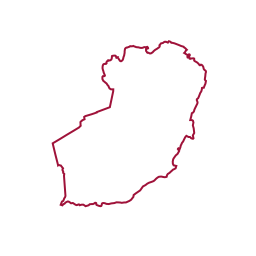 the district of Nauzontla, Puebla, Mexico, rotated 21°
{"feature_id": "50627088B22298863310989", "entity_name": "Nauzontla", "entity_type": "district", "adm_level": 2, "iso_a3": "MEX", "parent_name": "Mexico", "parent_adm1": "Puebla", "projection": "mercator", "projection_center": [-97.592, 19.962], "detail": "fine", "context": "isolated", "style": "outline", "palette": "rose", "viewbox_px": 256, "rotation_deg": 21, "n_neighbors": 0, "source": "geoboundaries", "source_scale": "gbopen_adm2", "svg_char_len": 5641}
<svg xmlns="http://www.w3.org/2000/svg" viewBox="0 0 256 256"><g transform="rotate(21 128 128)"><path d="M85.3,71.8L85.4,72.4L84.5,73.2L84.3,74.5L84.8,75.3L84.4,76.1L83.2,76.5L82.3,77.2L82.1,78.0L82.1,78.9L82.4,80.2L82.9,81.5L83.8,82.8L84.6,83.7L85.4,84.9L87.6,87.2L87.6,87.7L87.1,88.2L86.1,88.5L85.8,89.5L86.6,91.5L87.7,92.5L88.0,92.8L89.6,93.3L90.6,93.7L91.7,94.0L92.2,94.2L93.0,94.9L93.7,95.3L94.7,95.8L95.4,96.6L96.6,97.7L98.3,98.0L100.4,97.2L101.0,98.9L103.6,115.1L93.3,124.2L93.4,124.4L93.4,124.6L93.3,124.8L92.7,125.1L91.9,125.9L89.1,128.2L83.9,132.2L83.1,133.4L84.3,135.4L83.3,136.4L82.5,137.2L82.2,138.1L81.8,138.6L81.5,139.2L81.6,139.9L82.1,140.9L82.4,141.7L82.6,142.1L82.9,142.5L83.0,143.1L82.5,143.9L82.2,144.9L78.8,149.3L73.3,156.3L68.4,162.7L63.2,169.3L64.4,171.1L67.3,175.3L69.7,178.8L74.8,186.0L76.1,187.9L76.2,187.7L76.4,187.5L76.8,187.3L77.5,187.3L78.2,187.2L78.8,187.1L79.2,187.4L79.7,187.7L80.4,188.1L80.8,188.4L81.6,188.8L81.6,189.2L81.8,189.3L81.7,189.5L81.7,190.0L81.8,190.6L82.1,191.0L82.3,191.1L82.5,191.4L82.9,191.6L83.1,191.8L83.2,192.1L83.3,192.5L83.5,193.0L84.0,193.4L84.5,193.5L84.9,193.7L84.9,193.9L85.2,194.5L85.3,195.4L93.9,213.7L94.0,214.2L94.0,215.3L93.8,216.0L93.7,216.7L93.7,217.6L93.7,218.0L93.7,219.2L93.3,219.7L93.0,220.0L92.8,220.2L92.7,220.7L92.7,221.5L92.7,223.8L94.5,223.7L94.8,222.6L95.1,222.1L95.8,221.5L96.4,220.0L97.3,218.9L98.2,218.1L99.2,218.0L100.5,218.3L101.7,218.7L102.4,218.4L103.1,217.9L103.7,217.8L105.7,218.3L107.4,218.5L108.4,217.9L109.0,217.2L109.6,216.9L110.6,217.4L112.0,216.3L113.8,215.6L114.9,215.8L116.4,216.2L117.6,215.3L118.9,214.3L119.6,212.9L121.2,212.1L122.5,211.6L123.4,210.7L124.1,209.6L124.6,209.4L125.2,209.5L125.5,210.0L125.8,210.8L126.2,211.1L127.2,211.1L128.6,211.1L130.2,210.9L131.0,210.3L131.0,209.3L130.8,208.3L131.0,207.4L131.8,206.9L132.9,206.6L134.0,206.5L134.9,206.6L137.3,205.9L139.4,204.4L142.1,203.0L143.9,201.5L147.2,200.4L149.0,200.1L151.1,198.9L152.8,198.2L155.4,195.6L156.6,193.9L157.7,190.4L157.3,188.5L158.8,186.1L161.7,181.9L162.9,177.2L164.8,175.0L165.9,173.1L167.2,171.6L169.6,169.6L170.9,168.4L171.5,167.4L172.0,166.3L172.4,165.3L173.4,163.6L174.3,162.5L175.6,161.8L176.9,161.3L177.9,161.2L179.6,160.9L181.0,160.2L181.6,159.6L181.3,158.3L181.6,156.7L182.1,156.0L182.8,155.1L183.9,152.8L184.3,152.1L184.9,150.8L185.8,149.9L186.9,148.6L186.7,146.1L184.0,146.5L182.7,145.3L181.8,143.3L181.4,141.1L181.5,140.0L181.8,138.8L182.4,136.5L183.5,134.5L183.8,132.7L184.0,131.0L183.2,130.5L182.1,129.8L182.1,129.3L182.4,128.8L183.8,128.9L183.8,127.1L183.5,125.3L183.7,124.5L183.7,123.3L183.8,122.3L184.3,120.9L184.4,119.1L184.7,116.1L185.3,114.4L187.7,114.7L189.0,114.2L189.7,114.4L190.6,114.9L191.0,114.9L191.6,114.9L192.5,114.8L192.8,114.1L191.2,111.7L191.6,108.9L189.4,104.7L187.6,102.3L187.1,99.4L186.0,97.9L184.9,97.7L183.3,98.3L182.9,94.7L182.6,92.9L182.3,91.3L183.3,90.1L183.6,88.8L183.4,87.1L183.5,85.6L183.7,83.4L183.8,82.1L184.0,80.3L183.7,79.0L182.2,77.3L182.0,76.5L182.8,75.0L182.9,73.5L182.9,71.9L182.9,70.5L182.9,69.3L183.3,67.6L183.1,65.5L182.7,64.1L183.3,63.6L184.3,63.3L184.3,62.4L184.3,60.8L184.4,58.9L183.9,56.1L182.9,55.7L182.3,55.1L182.0,53.9L181.6,52.0L181.2,50.6L180.8,49.2L180.8,48.3L180.6,47.6L180.4,47.1L179.8,46.7L179.1,46.5L178.5,46.3L178.0,46.0L177.5,45.7L177.0,44.9L176.4,44.0L175.1,43.0L174.2,42.7L173.4,42.7L173.1,43.3L172.8,43.6L172.5,43.7L172.1,43.6L171.4,43.1L170.5,42.6L168.9,42.0L167.5,41.8L166.2,41.6L165.6,41.3L165.4,40.6L165.1,39.9L164.9,39.5L164.6,39.5L164.2,39.5L163.8,39.6L163.1,40.0L162.2,40.4L161.4,41.1L160.9,41.2L160.5,41.1L160.3,40.6L160.2,40.2L160.0,39.9L159.7,39.8L159.4,39.9L159.1,40.2L158.8,40.6L158.4,40.8L158.1,40.5L157.9,40.1L158.6,39.2L159.4,38.4L159.6,37.9L159.4,37.6L159.3,37.4L159.0,37.3L158.7,37.3L158.4,37.5L158.2,37.7L158.0,38.3L157.6,38.5L156.9,38.5L155.9,38.3L154.8,38.0L153.6,37.8L154.0,36.9L154.3,35.0L154.9,33.9L153.7,33.4L153.2,33.1L152.6,32.9L151.3,32.6L150.8,32.2L148.3,32.4L145.3,32.3L141.0,32.3L138.8,32.6L137.9,32.9L137.4,32.7L137.1,32.4L136.6,32.3L135.6,32.3L135.0,32.4L134.9,32.9L134.7,33.5L134.6,34.0L134.2,34.0L133.9,33.9L133.5,33.9L133.0,34.0L132.5,33.9L132.2,34.1L131.6,34.2L131.1,34.7L130.6,35.2L130.3,35.9L129.6,36.5L129.3,36.6L129.2,36.7L128.7,37.1L128.3,37.4L128.2,38.1L128.1,38.8L127.9,39.0L127.7,39.5L127.9,39.8L128.3,40.3L128.3,41.0L128.1,41.6L127.5,42.4L126.8,43.5L126.1,44.4L125.5,45.1L124.8,46.3L124.3,47.3L124.0,48.2L123.6,49.0L123.1,49.4L122.7,50.1L121.9,50.5L121.3,50.6L120.3,50.4L119.7,50.5L119.3,50.8L118.6,50.6L118.3,50.2L117.9,49.9L117.6,49.8L117.2,49.5L117.0,49.0L116.6,48.0L116.5,47.6L116.7,47.2L116.8,47.0L117.1,46.9L117.8,46.9L118.0,46.7L118.2,46.4L118.1,46.2L117.9,45.9L117.5,45.7L117.2,45.5L117.0,45.3L116.9,45.3L116.7,45.5L116.3,45.8L116.3,46.0L116.0,46.2L115.7,46.4L114.9,46.4L114.4,46.6L114.0,46.8L113.7,47.1L113.4,47.4L112.9,47.9L112.1,48.3L111.4,48.6L110.9,48.7L110.3,48.8L109.8,48.9L109.5,48.9L109.0,48.9L108.2,49.2L107.5,49.3L107.0,49.5L106.5,49.6L106.0,49.5L104.8,49.6L103.8,49.5L103.5,49.5L103.2,49.9L102.3,50.3L101.7,50.6L101.0,50.7L100.6,50.9L100.5,51.3L100.0,51.8L99.3,52.3L98.8,52.9L98.2,53.3L97.8,53.4L97.3,54.0L96.9,54.8L96.9,55.4L97.1,56.5L97.3,57.3L97.5,58.0L97.9,59.0L98.2,60.7L98.4,61.6L98.4,63.5L98.6,64.7L98.7,66.1L98.3,67.2L97.7,68.1L97.2,68.3L96.2,68.1L95.5,67.4L94.8,67.1L94.2,66.5L93.7,66.3L93.2,66.0L93.0,65.9L93.0,65.6L92.7,65.7L92.4,66.2L92.0,66.6L91.8,66.4L91.7,66.2L91.3,65.8L90.9,65.3L90.7,65.1L90.4,65.0L90.0,65.1L89.3,65.3L88.7,65.6L88.1,65.9L87.3,66.5L87.4,67.0L87.5,67.5L87.8,68.3L87.9,69.2L87.9,70.0L87.6,70.6L87.1,71.2L86.8,71.5L86.1,71.6L85.8,71.7L85.3,71.8Z" fill="none" stroke="#9f1239" stroke-width="2"/></g></svg>